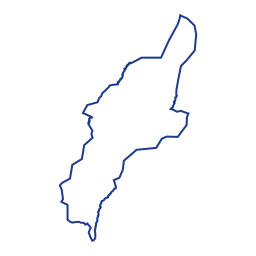 Ixtamir, Arhangay, Mongolia (Albers equal-area conic projection)
{"feature_id": "93677404B6995675757319", "entity_name": "Ixtamir", "entity_type": "district", "adm_level": 2, "iso_a3": "MNG", "parent_name": "Mongolia", "parent_adm1": "Arhangay", "projection": "albers", "projection_center": [100.859, 47.539], "detail": "fine", "context": "isolated", "style": "outline", "palette": "blue", "viewbox_px": 256, "rotation_deg": 0, "n_neighbors": 0, "source": "geoboundaries", "source_scale": "gbopen_adm2", "svg_char_len": 4916}
<svg xmlns="http://www.w3.org/2000/svg" viewBox="0 0 256 256"><path d="M194.7,50.5L196.2,34.3L194.5,25.5L187.1,18.4L180.2,15.4L179.9,17.6L177.9,24.0L168.9,40.5L161.0,57.7L141.5,57.7L130.9,63.3L130.0,62.6L129.8,62.7L129.6,62.9L129.2,63.1L129.1,63.3L129.2,63.6L129.1,63.8L128.9,64.0L128.5,64.4L128.0,64.4L127.9,64.5L128.0,64.5L128.0,64.8L128.0,65.0L127.8,65.0L127.7,65.1L127.5,65.3L127.2,65.5L127.1,66.2L126.8,66.1L126.7,66.2L126.7,66.3L126.8,66.5L126.7,66.6L126.5,66.8L126.2,67.1L126.0,67.3L125.7,68.2L125.4,68.3L125.4,68.6L125.5,68.9L125.5,69.0L125.2,69.0L125.4,69.2L125.2,69.4L125.2,69.5L124.8,69.8L124.7,69.8L124.4,70.1L124.4,70.3L124.4,70.6L124.2,70.6L124.1,70.9L124.0,71.0L123.9,71.3L124.0,71.4L123.9,71.5L123.7,71.8L123.5,72.3L123.1,72.5L122.9,73.7L122.9,73.8L122.5,73.9L122.5,74.0L122.5,74.5L122.4,74.7L122.6,74.9L122.8,75.1L122.7,75.4L122.7,75.7L122.4,76.0L122.6,76.4L122.6,76.5L122.4,76.7L122.2,77.2L122.0,77.3L121.9,77.4L122.1,77.7L122.1,77.8L121.9,78.1L121.8,78.4L121.7,78.5L121.4,78.4L120.9,78.7L120.8,78.9L120.8,79.1L120.6,79.3L120.4,79.3L120.4,79.6L120.1,79.7L120.0,79.8L119.9,80.0L120.0,80.2L119.8,80.3L119.7,80.7L119.5,80.9L119.3,81.0L119.2,81.1L119.0,81.3L118.9,81.3L118.7,81.7L118.7,81.8L118.1,81.9L118.0,82.0L118.4,82.3L118.2,82.4L118.2,82.6L118.0,82.9L118.0,83.0L118.1,83.3L118.0,83.5L117.7,83.5L117.7,83.9L117.6,84.1L117.7,84.3L113.0,84.8L109.7,85.5L108.7,87.2L105.3,90.5L102.3,93.2L101.2,96.1L99.4,97.8L97.4,102.3L87.4,105.0L82.9,113.0L92.1,117.2L92.1,117.3L91.9,117.5L91.6,117.7L91.2,117.6L90.8,117.7L90.6,117.6L90.3,117.6L90.3,117.8L90.0,118.1L89.8,118.3L89.8,118.6L89.6,118.8L89.5,119.0L89.3,118.8L89.1,119.0L89.2,119.3L89.2,119.5L89.2,119.8L89.2,120.0L89.0,120.4L89.1,120.6L89.3,120.7L89.3,120.8L89.1,121.1L89.3,121.2L89.2,121.5L89.0,121.8L88.9,122.0L89.2,121.9L89.1,122.1L89.0,122.3L88.9,122.5L88.7,122.7L88.7,122.9L89.2,122.9L89.2,123.0L88.8,123.6L88.6,123.7L88.4,123.7L88.5,124.1L92.4,130.8L91.4,134.0L92.6,137.7L84.2,145.1L81.9,159.0L72.3,164.8L70.0,178.6L62.4,182.7L59.8,185.4L61.7,189.6L63.0,199.1L61.4,201.8L67.5,204.9L67.6,217.9L67.4,218.8L67.6,219.7L67.8,220.0L69.1,220.8L70.0,221.7L71.0,222.2L71.6,222.4L72.3,222.5L73.2,222.5L73.9,222.4L74.9,222.1L78.9,221.8L79.3,221.9L80.0,222.3L80.5,222.6L80.9,222.7L82.2,222.7L83.2,222.9L84.3,223.2L84.7,223.6L84.9,224.1L85.1,224.4L85.6,224.6L85.9,224.6L86.2,224.5L86.6,224.0L86.9,223.7L87.4,223.5L90.7,227.7L88.7,232.3L90.3,236.8L92.2,240.6L93.5,240.3L94.2,239.8L94.8,238.8L95.1,238.3L95.4,237.1L95.2,236.0L95.3,234.7L95.3,234.4L95.3,234.2L95.4,233.8L95.3,233.2L95.1,232.8L95.1,232.2L95.1,231.8L94.9,231.3L94.8,230.5L94.8,230.3L95.1,229.7L95.1,229.4L95.3,229.0L95.2,228.5L95.3,228.2L95.6,227.7L95.7,227.0L95.6,226.8L95.5,226.7L95.7,226.4L95.8,225.5L96.0,225.3L96.0,225.1L96.1,224.8L96.2,224.7L96.1,224.4L96.1,224.2L96.0,223.8L95.9,223.7L96.2,223.2L96.3,223.0L96.3,222.6L96.5,222.4L96.9,221.8L97.2,221.3L97.3,221.2L97.2,221.0L97.2,220.9L97.2,220.7L97.2,220.4L97.3,220.2L97.4,219.9L97.5,219.4L97.4,219.0L97.3,218.9L97.3,218.7L97.2,218.4L97.7,217.2L97.8,217.0L97.8,216.7L98.1,216.4L97.9,216.0L97.9,215.7L98.5,215.2L98.6,214.8L98.5,213.9L98.4,213.5L98.4,213.4L98.3,213.2L98.2,212.8L98.0,212.6L98.0,212.3L98.2,211.8L98.6,211.4L98.6,211.2L98.8,211.2L99.2,210.4L99.1,210.0L99.2,209.6L99.5,208.7L100.0,208.4L100.4,208.1L100.5,207.7L100.8,207.1L100.6,206.9L100.4,206.8L100.2,206.7L100.0,206.2L100.0,205.6L100.2,204.9L100.5,204.6L100.6,204.2L100.8,203.8L101.3,203.4L101.3,202.9L101.3,202.5L101.5,202.0L101.5,201.4L101.7,201.1L102.1,201.0L102.8,200.8L103.2,200.6L104.3,199.7L104.6,199.0L104.8,198.8L105.0,198.7L105.3,198.4L105.8,198.1L106.0,197.9L106.4,197.7L107.3,197.7L107.6,197.6L107.8,197.5L107.9,197.3L108.1,197.1L108.2,196.8L108.2,196.5L108.1,196.0L108.1,195.9L108.6,195.5L109.0,195.3L109.1,194.9L109.8,194.6L110.3,193.6L110.7,193.5L110.7,193.3L111.3,192.1L111.5,191.9L112.6,191.2L112.8,191.1L112.9,190.9L113.3,190.5L113.4,190.2L113.5,189.8L113.7,189.6L113.7,189.4L113.8,189.3L114.3,189.1L114.3,188.9L114.5,188.7L115.1,188.7L115.2,188.4L115.6,188.2L115.6,187.9L115.9,187.6L116.1,187.4L113.8,180.1L119.4,177.8L122.8,169.8L123.9,160.7L132.6,153.2L136.6,149.8L156.2,147.9L161.8,138.8L166.5,136.6L177.8,136.9L180.0,133.8L186.6,125.0L186.9,117.3L188.3,113.5L180.8,110.9L176.9,111.7L173.3,109.7L170.7,108.9L170.8,108.8L170.9,108.7L171.1,108.7L171.4,108.3L171.8,108.1L172.1,107.7L172.5,107.5L172.6,107.3L172.8,106.8L172.8,106.4L173.0,106.4L173.1,106.2L173.3,105.5L173.5,105.2L173.6,104.9L173.8,104.6L173.8,104.2L174.4,103.5L174.5,103.2L174.7,102.9L174.6,102.6L174.2,102.3L174.3,102.2L174.2,101.9L174.4,101.9L174.5,101.7L174.6,101.2L174.8,101.0L174.8,100.7L175.1,100.5L175.2,100.1L175.4,99.7L175.4,99.1L175.3,98.9L175.3,98.5L175.5,98.2L175.3,97.9L175.3,97.7L175.9,97.6L176.0,97.5L176.2,96.4L176.5,96.1L176.9,95.8L176.7,95.5L176.4,95.3L176.3,94.9L176.4,90.0L178.5,78.2L181.0,65.9L186.1,60.9L194.7,50.5Z" fill="none" stroke="#1e3a8a" stroke-width="2"/></svg>